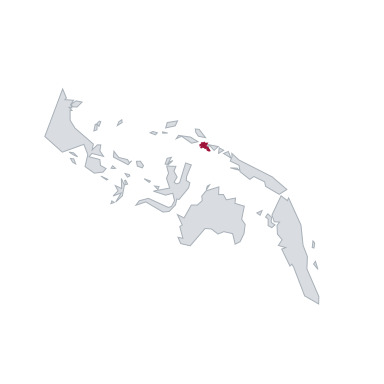 Bima, Nusa Tenggara Barat, Indonesia (highlighted), rotated 200°
{"feature_id": "22746128B14082340634491", "entity_name": "Bima", "entity_type": "district", "adm_level": 2, "iso_a3": "IDN", "parent_name": "Indonesia", "parent_adm1": "Nusa Tenggara Barat", "projection": "robinson", "projection_center": [118.835, -8.483], "detail": "fine", "context": "in_parent", "style": "filled", "palette": "rose", "viewbox_px": 384, "rotation_deg": 200, "n_neighbors": 0, "source": "geoboundaries", "source_scale": "gbopen_adm2", "svg_char_len": 6931}
<svg xmlns="http://www.w3.org/2000/svg" viewBox="0 0 384 384"><g transform="rotate(200 192 192)"><path d="M133.6,157.7L139.6,166.8L148.6,165.6L153.2,161.4L161.1,163.9L167.2,162.2L175.3,140.8L185.0,139.7L189.7,144.7L184.7,145.3L191.7,155.4L189.8,157.7L198.0,165.8L190.6,164.9L188.2,179.5L182.5,181.6L179.4,187.4L181.4,191.4L179.2,197.9L168.5,206.0L166.1,198.7L161.7,200.4L157.1,196.4L149.0,201.2L147.8,196.0L138.0,196.6L136.0,183.4L131.0,179.8L128.9,170.7L129.8,161.8L133.6,157.7ZM34.7,130.1L50.6,132.9L71.0,156.4L73.5,158.3L74.6,155.9L88.2,169.0L84.9,171.8L92.6,171.3L91.0,178.0L97.3,181.6L100.7,189.8L99.4,193.7L104.5,192.1L109.0,197.7L107.0,218.9L99.4,216.5L99.2,219.5L78.3,198.2L69.4,179.9L61.5,170.8L57.7,159.0L37.1,137.2L34.7,130.1ZM349.3,193.8L348.8,244.6L342.2,237.4L343.0,235.3L334.6,237.7L336.0,232.6L333.7,230.0L334.5,229.6L335.8,229.8L336.6,229.5L332.7,227.6L334.5,227.0L331.0,217.7L323.8,212.0L301.1,203.3L300.2,197.3L297.1,203.9L293.8,205.1L292.7,199.2L287.3,195.2L299.2,194.0L300.8,189.9L289.7,191.0L287.1,185.7L280.7,184.6L282.5,180.2L290.3,176.3L301.2,179.3L302.7,191.5L309.9,199.8L327.5,185.1L349.3,193.8ZM238.6,165.7L230.8,171.1L209.0,169.4L206.3,171.4L205.4,177.8L209.6,184.2L215.8,180.0L228.6,179.6L214.3,188.1L220.7,196.2L220.5,201.7L224.7,207.7L215.9,210.6L216.1,205.4L211.1,200.9L212.2,195.0L209.5,194.3L206.8,196.5L207.9,217.1L201.9,217.2L202.4,204.9L201.3,200.9L197.2,200.0L196.6,194.7L201.6,180.6L203.9,180.2L203.1,174.2L206.8,165.9L212.4,163.2L232.0,166.9L240.2,160.4L238.6,165.7ZM109.3,219.6L124.8,222.5L127.2,226.4L139.2,227.7L142.0,223.6L153.7,227.5L157.0,233.2L166.6,234.2L166.5,239.0L167.8,241.9L158.7,238.1L122.0,233.7L103.7,226.8L109.3,219.6ZM258.2,166.9L264.8,161.2L261.9,167.8L266.3,171.8L259.3,171.2L263.0,180.5L257.9,175.4L256.1,164.6L260.3,156.4L258.2,166.9ZM261.4,195.8L277.7,197.9L279.3,203.6L272.7,199.4L263.6,200.4L260.9,198.1L259.3,200.8L261.4,195.8ZM224.0,240.6L212.1,243.1L203.6,241.3L209.1,237.7L220.9,240.8L225.0,236.7L224.0,240.6ZM189.6,237.0L197.6,238.2L199.0,241.1L182.9,243.7L185.5,238.7L191.0,241.5L192.9,240.5L189.6,237.0ZM238.7,243.2L239.0,248.8L229.9,253.9L230.4,248.4L238.7,243.2ZM109.0,186.5L111.2,192.7L114.3,193.6L113.3,197.4L108.7,195.5L107.2,190.5L102.7,189.4L104.9,185.8L109.0,186.5ZM332.1,238.0L326.1,238.9L329.1,232.5L333.8,231.1L335.3,233.5L332.1,238.0ZM205.0,246.6L208.8,249.3L210.5,252.3L206.7,253.3L197.8,247.7L205.0,246.6ZM252.2,197.6L254.7,201.8L251.0,203.3L246.6,200.2L246.9,197.7L252.2,197.6ZM167.0,237.2L175.5,239.0L171.7,242.5L167.0,237.2ZM180.3,237.4L181.5,242.8L176.5,242.0L180.3,237.4ZM123.9,194.5L119.8,198.5L120.1,193.5L123.9,194.5ZM305.1,215.8L306.1,222.6L304.2,222.9L302.6,218.0L305.1,215.8ZM164.3,227.8L157.8,229.8L155.0,228.6L164.3,227.8ZM226.8,209.0L226.9,215.1L223.2,217.6L224.6,209.5L226.8,209.0ZM47.2,162.4L53.1,165.9L52.3,169.1L47.2,162.4ZM61.6,187.4L59.3,186.1L58.2,181.1L60.0,180.9L61.6,187.4ZM282.7,235.9L281.4,233.4L284.9,228.9L284.8,232.9L282.7,235.9ZM276.3,174.1L283.1,175.8L275.5,175.1L276.3,174.1ZM235.4,186.4L241.6,188.1L234.8,188.0L235.4,186.4ZM224.0,212.0L220.7,215.0L223.6,209.5L224.0,212.0ZM310.9,178.6L314.4,179.2L317.7,182.0L314.5,182.7L310.9,178.6ZM251.6,233.3L249.4,235.5L244.8,235.7L246.0,233.2L251.6,233.3ZM304.8,223.7L303.3,226.9L301.7,226.8L301.9,221.8L304.8,223.7ZM261.1,186.4L257.0,187.0L255.9,185.9L257.6,183.9L261.1,186.4ZM311.5,185.9L316.5,186.4L321.2,187.5L316.7,188.3L311.5,185.9ZM225.0,182.7L229.2,184.8L224.9,185.9L225.0,182.7ZM264.3,156.2L261.5,155.6L264.2,153.3L264.3,156.2ZM235.0,239.1L239.6,237.3L240.2,238.4L235.0,239.1ZM276.2,186.7L275.5,189.5L272.0,188.1L273.8,187.2L276.2,186.7ZM179.7,202.8L177.9,204.7L179.3,198.8L179.7,202.8ZM257.1,176.0L259.2,179.8L258.4,180.4L255.2,177.4L257.1,176.0Z" fill="#d9dde1" stroke="#a8b0b8" stroke-width="1"/><path d="M196.1,239.7L196.1,239.8L195.9,239.9L195.9,240.0L195.7,240.2L195.8,239.9L195.8,239.7L196.0,239.4L196.0,239.2L195.9,239.1L196.0,239.1L195.9,239.1L196.0,239.1L196.0,238.9L195.9,238.9L196.0,238.8L196.0,238.7L195.9,238.5L195.7,238.1L195.4,238.0L195.2,237.9L195.2,238.0L195.1,237.9L194.8,237.9L194.6,237.8L194.4,237.8L194.3,238.0L194.5,238.2L194.6,238.4L194.7,238.6L194.9,238.7L195.0,238.9L194.8,239.2L194.7,239.3L194.7,239.5L194.8,239.6L194.8,239.8L194.6,240.0L194.7,240.3L194.7,240.5L194.8,240.7L194.8,240.8L194.9,241.2L194.8,241.4L194.7,241.7L194.7,241.8L194.7,242.0L194.6,242.3L194.5,242.8L194.7,242.7L194.8,242.7L195.1,242.5L195.3,242.4L195.5,242.3L195.6,242.2L195.8,242.1L196.0,242.1L196.3,242.1L196.6,242.3L196.8,242.2L196.9,242.4L197.0,242.4L197.0,242.5L197.0,242.4L197.2,242.5L197.2,242.4L197.4,242.4L197.5,242.4L197.8,242.2L197.7,242.1L197.8,242.0L197.7,242.0L197.5,241.8L197.4,241.8L197.2,241.8L196.8,241.8L196.6,241.8L196.4,241.8L196.2,241.9L196.0,241.7L196.3,241.5L196.5,241.3L196.8,241.3L197.0,241.4L197.0,241.5L197.3,241.4L197.2,241.3L197.3,241.2L197.5,241.2L197.6,241.3L197.8,241.5L198.1,241.6L198.3,241.6L198.5,241.6L198.8,241.7L199.0,241.7L199.3,241.5L199.1,241.4L199.3,241.4L199.3,241.2L199.2,241.2L199.3,240.9L199.2,240.9L199.2,240.7L199.2,240.8L199.3,240.8L199.3,240.7L199.4,240.8L199.3,240.7L199.4,240.4L199.2,240.4L199.3,240.3L199.2,240.3L199.3,240.3L199.3,240.2L199.2,240.2L199.2,240.3L199.1,240.5L199.1,240.4L199.1,240.5L198.9,240.5L199.0,240.7L199.0,240.8L198.8,240.8L198.6,240.9L198.4,240.9L198.4,240.5L198.3,240.4L198.2,240.3L198.2,240.2L198.3,240.2L198.2,240.1L198.3,239.9L198.4,240.0L198.4,239.9L198.5,239.9L198.4,239.8L198.4,239.7L198.5,239.5L198.4,239.4L198.3,239.2L198.2,239.0L198.1,238.9L198.1,238.6L198.1,238.3L198.0,238.2L197.9,238.2L197.7,238.1L197.3,238.1L197.2,238.1L196.9,238.0L196.7,238.1L196.5,238.3L196.4,238.5L196.2,238.6L196.3,238.6L196.4,238.8L196.3,239.0L196.5,239.0L196.8,239.2L197.0,239.2L197.2,239.3L197.3,239.4L197.3,239.5L197.2,239.7L196.9,239.8L196.7,240.0L196.7,239.9L196.4,239.9L196.2,239.8L196.1,239.7ZM193.4,238.7L193.2,238.7L192.8,238.4L192.7,238.1L192.5,237.9L192.4,237.7L192.3,237.4L192.2,237.3L192.3,237.2L192.2,236.9L191.9,236.7L191.5,236.7L191.3,236.6L191.1,236.7L190.9,236.6L190.7,236.5L190.3,236.6L190.1,236.9L189.8,236.8L189.7,236.8L189.6,237.0L189.9,237.2L190.0,237.3L190.2,237.5L190.4,237.6L190.5,237.5L191.1,238.0L191.4,238.2L191.6,238.5L191.8,238.7L191.9,238.8L192.2,238.9L192.2,239.0L192.5,239.1L192.6,239.3L192.9,239.3L193.0,239.2L193.1,239.3L193.3,239.2L193.5,239.0L193.4,238.7ZM198.7,236.9L198.3,236.9L198.2,237.1L198.1,237.3L198.1,237.6L198.2,237.8L198.4,237.9L198.7,237.8L198.8,237.7L198.9,237.4L198.9,237.1L198.7,236.9ZM200.0,239.1L200.0,238.9L199.9,239.0L200.0,239.1L199.9,239.2L200.0,239.2L199.9,239.3L200.0,239.3L199.9,239.3L200.0,239.4L200.0,239.5L200.1,239.4L200.2,239.2L200.2,239.4L200.3,239.3L200.3,239.2L200.3,239.3L200.3,239.2L200.2,239.0L200.0,239.1ZM198.4,240.2L198.4,240.3L198.5,240.3L198.5,240.2L198.4,240.2ZM199.5,240.3L199.4,240.3L199.5,240.4L199.4,240.3L199.5,240.3ZM196.6,241.5L196.6,241.4L196.6,241.5Z" fill="#f43f5e" stroke="#9f1239" stroke-width="1.5"/></g></svg>